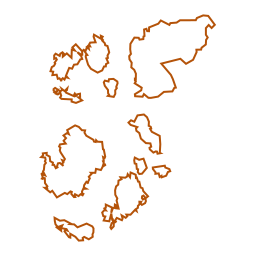 Finnøy nor, Rogaland, Norway (orthographic projection)
{"feature_id": "86288312B27050334738576", "entity_name": "Finnøy nor", "entity_type": "district", "adm_level": 2, "iso_a3": "NOR", "parent_name": "Norway", "parent_adm1": "Rogaland", "projection": "orthographic", "projection_center": [5.856, 59.199], "detail": "fine", "context": "isolated", "style": "outline", "palette": "amber", "viewbox_px": 256, "rotation_deg": 0, "n_neighbors": 0, "source": "geoboundaries", "source_scale": "gbopen_adm2", "svg_char_len": 5697}
<svg xmlns="http://www.w3.org/2000/svg" viewBox="0 0 256 256"><path d="M214.8,24.8L208.2,15.9L203.2,15.4L196.9,18.0L195.8,20.2L180.0,20.3L176.6,22.6L170.4,23.1L169.4,24.9L160.8,20.5L158.3,23.7L149.1,27.4L149.0,31.2L147.2,31.1L146.4,28.8L144.1,29.5L144.5,36.0L143.5,36.5L143.3,39.1L139.5,39.6L138.7,37.8L134.4,37.6L130.4,43.9L130.2,49.4L130.8,53.6L131.4,53.3L129.2,56.1L129.5,59.4L131.7,62.7L131.3,67.4L134.2,69.8L135.9,73.7L135.8,79.3L134.9,78.9L134.9,80.4L135.8,81.6L134.7,83.3L141.7,87.7L141.2,90.3L134.9,94.2L135.1,96.2L142.6,96.7L143.9,94.1L148.4,97.8L150.8,97.9L158.1,96.6L163.9,91.9L172.4,91.4L174.3,87.9L175.8,87.6L172.9,79.2L170.9,74.9L161.3,63.6L180.4,58.8L186.0,63.8L193.1,59.8L196.6,52.1L196.4,49.7L201.1,49.6L201.6,47.7L205.8,44.5L206.1,39.9L207.7,37.5L205.9,34.8L205.9,28.1L208.7,25.0L211.6,28.0L214.8,24.8ZM75.1,125.4L67.2,130.1L68.8,134.1L67.0,133.1L63.5,135.5L66.0,138.1L63.6,140.8L65.7,143.6L60.0,144.4L59.1,146.5L60.4,147.6L59.8,150.3L60.6,152.4L64.9,159.0L63.8,160.9L62.3,160.3L63.4,162.5L61.8,163.8L63.4,165.9L59.9,163.0L58.0,163.3L57.0,166.4L57.5,167.3L55.8,168.2L54.1,164.9L52.6,164.9L52.9,162.6L50.2,161.2L49.7,156.6L46.5,154.9L46.7,152.9L42.8,153.4L43.1,155.3L41.2,157.1L45.2,157.6L45.6,159.8L44.9,161.2L45.9,162.9L44.4,164.8L43.9,169.9L43.0,171.4L45.1,175.4L43.4,174.8L42.9,172.8L41.6,173.9L42.8,177.3L41.9,178.6L42.7,178.9L43.8,178.0L44.8,178.2L45.0,183.1L47.3,186.2L46.7,186.6L47.1,188.0L44.9,187.9L50.2,192.3L52.3,190.8L56.9,197.4L64.8,192.9L67.3,194.1L70.5,191.4L71.8,191.9L71.3,193.9L74.0,197.1L75.2,197.0L74.4,195.5L75.0,194.2L78.5,196.1L80.6,194.2L82.6,195.3L83.4,193.9L82.1,193.2L82.0,191.5L83.2,188.9L86.1,188.7L83.8,187.4L84.2,185.1L86.4,181.8L88.4,183.5L87.8,182.3L89.8,178.3L88.8,176.8L91.7,173.7L90.9,172.8L95.3,172.8L96.0,168.9L100.9,170.0L102.8,166.5L105.2,165.1L104.8,163.7L104.5,165.3L103.0,165.4L103.8,162.9L103.0,161.2L103.8,160.9L103.1,157.1L104.6,158.0L105.2,156.7L103.8,149.6L103.0,149.3L102.1,141.9L97.5,141.7L96.1,140.2L95.7,142.0L94.0,141.6L93.4,139.8L86.3,135.7L84.5,132.7L85.1,130.4L81.9,130.2L78.8,126.9L75.1,125.4ZM135.7,174.7L130.6,172.5L130.0,177.3L127.7,174.2L127.1,176.5L125.3,177.7L120.4,177.3L121.5,179.2L118.5,180.6L118.2,184.6L116.1,186.4L115.1,190.3L115.3,194.8L117.3,198.4L116.6,200.5L118.6,208.6L116.2,208.3L116.9,205.7L114.9,204.6L114.7,207.2L115.8,208.0L113.0,207.9L111.2,212.8L112.0,207.5L105.8,204.6L105.8,207.7L104.4,208.4L105.9,210.4L104.3,210.2L102.2,212.5L103.3,216.1L105.3,216.5L103.7,220.5L109.3,221.3L111.3,213.5L112.1,219.2L113.3,218.6L112.6,219.6L113.3,222.5L111.7,223.1L110.4,227.4L111.3,228.9L113.7,226.4L113.9,220.3L114.7,222.1L114.1,222.6L115.1,222.3L115.9,221.6L115.1,220.4L116.8,217.9L121.9,220.2L122.6,218.6L121.7,215.4L125.7,217.8L127.3,216.2L126.4,214.6L130.5,214.7L135.0,209.9L136.5,211.0L135.9,209.1L137.9,207.8L137.9,205.9L139.5,204.4L139.4,201.7L141.2,201.8L140.5,203.3L141.9,204.9L145.1,203.1L145.9,201.1L145.3,198.1L142.9,199.5L141.9,198.1L142.1,196.3L143.5,195.6L145.7,198.2L148.0,196.3L143.3,191.1L142.5,188.2L140.6,187.5L139.3,181.7L138.1,181.6L136.8,177.6L136.0,177.9L135.7,174.7ZM101.2,38.9L94.0,34.7L93.6,36.7L95.6,42.3L90.2,42.6L89.1,44.4L90.1,46.3L88.3,46.0L88.8,48.7L86.4,46.2L87.4,48.3L86.5,48.3L85.5,51.1L83.0,49.3L87.3,55.0L85.9,55.3L85.7,56.8L88.1,64.7L90.9,68.8L97.6,72.6L102.2,70.4L104.0,66.5L105.8,66.4L106.0,64.1L108.3,62.8L106.4,58.4L107.9,57.9L107.5,55.6L109.2,52.4L107.5,46.0L105.2,45.2L104.8,43.2L102.1,40.5L102.2,39.3L103.5,40.7L101.6,38.3L102.7,36.7L100.9,35.8L101.2,38.9ZM82.1,51.2L75.8,44.3L72.4,47.4L74.8,50.5L71.8,49.6L71.5,57.8L66.8,53.4L62.8,56.7L62.8,54.5L63.8,53.6L62.5,52.3L60.3,53.7L59.7,55.9L55.6,53.7L54.2,55.4L54.2,58.8L56.0,58.1L56.8,59.6L54.6,62.7L55.2,63.6L54.0,65.8L51.8,67.1L50.5,71.2L53.2,71.7L52.4,75.1L56.7,74.7L57.8,78.8L59.5,78.3L61.5,81.2L61.3,79.6L62.8,78.2L64.5,79.6L65.6,77.1L67.7,77.7L66.0,75.7L69.2,67.9L72.1,68.7L74.0,64.7L77.4,64.3L80.3,59.4L82.2,59.0L81.2,56.1L77.4,52.2L81.7,55.0L82.3,54.8L82.1,51.2ZM143.9,114.5L137.5,115.4L134.3,121.7L131.0,120.3L128.5,122.6L130.6,124.9L137.3,127.1L136.0,128.5L136.4,130.8L139.3,133.0L140.9,138.6L145.9,143.1L150.4,143.4L151.2,146.7L149.5,147.8L149.8,149.3L153.4,152.6L155.8,151.4L157.0,151.6L157.5,153.7L160.4,153.2L159.8,152.9L160.3,144.2L159.7,135.9L151.8,131.8L150.1,128.9L151.2,128.5L150.7,126.8L148.7,125.8L148.9,121.7L147.0,117.2L143.9,114.5ZM59.9,220.7L54.6,217.8L54.8,221.0L55.5,224.3L57.2,226.3L56.5,227.2L61.1,230.7L60.8,228.4L58.4,226.8L62.3,225.4L61.0,228.1L66.5,229.1L67.4,230.6L65.4,229.9L64.5,231.3L69.0,237.2L70.3,237.6L70.3,233.8L75.4,236.8L78.8,240.6L83.1,240.3L82.7,237.9L84.2,236.9L88.8,239.3L92.7,236.8L92.5,234.4L93.4,232.3L93.5,228.4L92.3,226.4L86.6,223.6L77.5,227.3L74.2,224.4L70.2,224.1L70.9,223.7L64.3,220.2L59.9,220.7ZM55.1,87.9L53.6,89.1L53.6,90.6L55.1,91.9L54.4,92.4L55.7,93.3L55.3,92.0L57.4,90.7L56.0,93.7L58.1,94.3L58.4,94.2L59.6,92.4L60.1,92.1L61.2,95.7L60.1,97.6L61.5,98.9L71.7,99.4L71.6,101.6L76.0,102.9L82.1,100.4L78.4,97.4L80.1,97.0L80.0,93.7L75.6,94.7L74.8,93.5L74.1,94.8L76.0,95.8L74.5,96.4L66.1,92.7L65.3,91.2L66.9,90.2L67.3,88.3L64.6,91.1L61.7,88.8L62.2,90.0L60.3,91.3L55.1,87.9ZM113.5,78.9L109.0,79.2L108.5,81.5L104.9,80.6L103.8,82.3L104.8,85.8L108.0,90.0L108.1,93.3L109.1,94.8L107.9,95.9L113.7,96.9L115.3,93.8L115.2,90.3L116.8,88.1L116.2,87.0L117.6,83.2L117.3,81.5L113.5,78.9ZM139.1,159.8L134.8,157.6L134.2,160.3L134.7,163.5L136.3,163.9L136.8,168.9L138.1,169.3L137.8,172.2L139.3,174.0L142.0,173.7L146.8,167.9L143.5,158.7L139.1,159.8ZM164.8,165.7L152.8,167.5L152.9,169.0L155.5,172.3L155.4,173.8L158.7,173.4L159.7,176.9L161.5,175.8L161.7,177.3L166.2,175.7L167.9,172.0L170.2,171.2L169.4,169.1L165.3,167.5L164.8,165.7Z" fill="none" stroke="#b45309" stroke-width="2"/></svg>